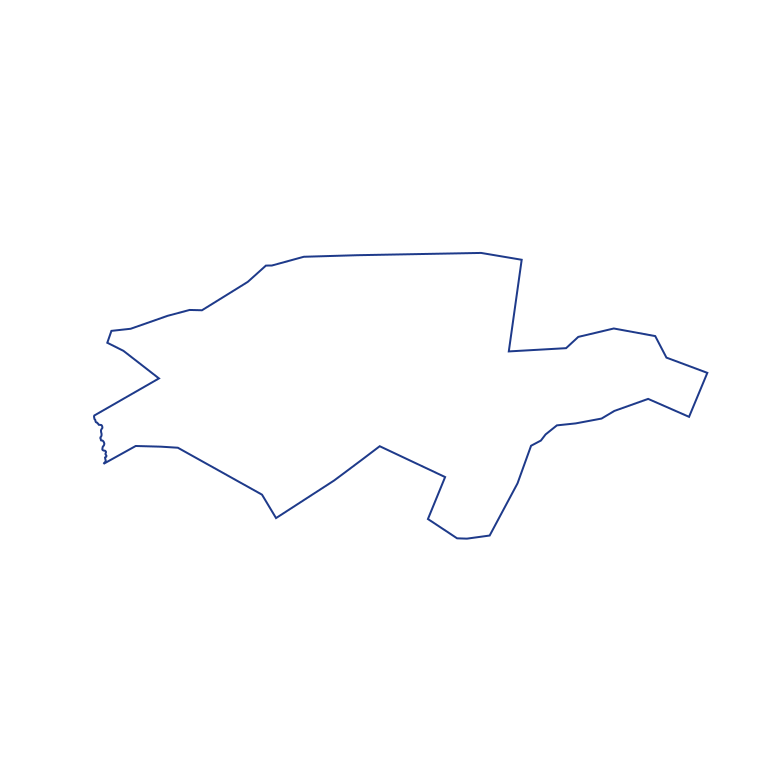 Su'mber, Dornogovi, Mongolia, rotated 238°
{"feature_id": "93677404B97636792882766", "entity_name": "Su'mber", "entity_type": "district", "adm_level": 2, "iso_a3": "MNG", "parent_name": "Mongolia", "parent_adm1": "Dornogovi", "projection": "mercator", "projection_center": [108.779, 46.503], "detail": "fine", "context": "isolated", "style": "outline", "palette": "blue", "viewbox_px": 768, "rotation_deg": 238, "n_neighbors": 0, "source": "geoboundaries", "source_scale": "gbopen_adm2", "svg_char_len": 1606}
<svg xmlns="http://www.w3.org/2000/svg" viewBox="0 0 768 768"><g transform="rotate(238 384 384)"><path d="M327.5,221.4L328.6,290.6L331.5,325.4L333.5,347.4L272.7,386.5L246.2,349.7L214.4,364.2L208.9,372.4L199.5,393.3L229.0,444.6L253.7,476.0L252.9,487.1L255.6,494.3L257.3,508.7L249.0,525.7L239.4,550.2L239.1,565.1L231.4,600.1L194.5,625.3L222.1,664.1L256.7,637.5L280.9,639.4L309.3,608.3L321.0,573.7L317.9,557.4L345.5,507.1L416.4,566.6L443.7,535.8L507.2,429.9L534.4,383.4L543.9,351.7L547.0,346.6L542.8,322.6L543.0,268.7L549.8,258.4L556.5,236.6L565.1,198.4L573.5,181.0L565.6,171.2L550.2,180.6L508.0,196.1L510.8,121.7L510.3,121.0L509.3,120.5L507.7,119.9L507.3,119.9L506.8,120.1L506.5,120.1L505.2,119.6L504.8,119.5L504.3,119.5L503.7,119.9L503.3,120.2L503.1,120.3L502.5,120.2L501.9,120.5L501.1,120.5L500.6,120.5L500.3,120.9L499.6,121.8L499.0,122.5L498.4,122.7L497.5,122.6L496.5,122.2L496.0,121.9L495.4,120.5L494.9,119.7L494.5,119.3L493.1,118.6L491.5,118.1L490.3,117.4L489.4,116.4L489.2,116.0L489.1,115.4L488.5,114.8L488.0,114.7L487.6,114.7L487.3,114.6L486.7,114.3L486.1,114.2L485.8,114.5L485.2,115.3L484.2,115.6L483.1,115.6L481.8,115.3L481.0,114.7L480.3,113.8L480.0,112.7L479.6,112.0L478.8,111.3L478.0,110.6L477.5,110.4L476.9,110.5L476.1,111.0L475.4,111.9L474.9,112.2L474.0,112.3L473.4,112.0L473.0,111.5L472.5,110.9L472.0,110.6L470.9,110.6L470.3,110.6L469.9,110.3L469.6,110.0L469.5,109.5L469.6,108.9L469.4,108.4L468.8,108.2L468.1,107.9L466.7,107.5L466.1,107.0L465.7,106.5L465.3,104.8L464.9,103.9L463.0,140.6L449.0,161.7L439.2,175.4L354.8,221.9L327.5,221.4Z" fill="none" stroke="#1e3a8a" stroke-width="2"/></g></svg>